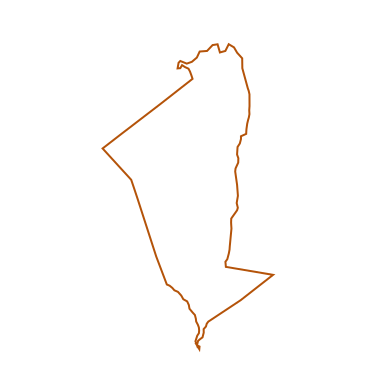 São José dos Cordeiros, Paraíba, Brazil (Albers equal-area conic projection), rotated 102°
{"feature_id": "56859067B13201418207131", "entity_name": "São José dos Cordeiros", "entity_type": "district", "adm_level": 2, "iso_a3": "BRA", "parent_name": "Brazil", "parent_adm1": "Paraíba", "projection": "albers", "projection_center": [-36.853, -7.428], "detail": "fine", "context": "isolated", "style": "outline", "palette": "amber", "viewbox_px": 384, "rotation_deg": 102, "n_neighbors": 0, "source": "geoboundaries", "source_scale": "gbopen_adm2", "svg_char_len": 1384}
<svg xmlns="http://www.w3.org/2000/svg" viewBox="0 0 384 384"><g transform="rotate(102 192 192)"><path d="M50.8,170.7L46.4,176.8L41.8,181.0L39.8,186.8L43.3,187.7L47.1,188.7L49.7,193.7L42.2,197.7L44.0,202.4L50.9,206.6L53.0,213.7L59.5,215.2L64.7,219.2L67.5,223.8L66.3,230.7L68.4,232.0L74.1,231.8L73.3,229.2L70.0,228.1L71.3,224.7L72.1,221.1L74.6,219.0L78.1,216.8L81.2,215.0L112.6,241.3L135.2,260.6L149.0,272.4L168.0,288.5L192.7,254.0L201.3,248.9L210.0,243.8L262.5,213.6L287.7,197.4L288.3,194.4L289.9,191.3L291.8,188.8L292.6,185.0L295.5,181.0L298.7,178.2L300.0,174.0L303.2,171.6L306.7,170.2L309.7,166.4L311.7,163.6L315.1,161.9L317.8,161.0L320.7,158.6L323.1,157.1L326.0,156.2L328.7,155.9L331.5,157.0L337.3,157.6L340.9,155.3L336.3,155.1L334.0,153.3L332.0,151.5L327.1,151.3L323.7,152.1L320.7,150.4L317.8,150.2L315.4,149.1L287.7,121.9L256.2,95.5L258.2,143.3L253.3,144.8L250.4,143.5L244.5,143.2L240.5,143.3L237.7,143.7L219.6,145.8L216.4,146.7L213.8,147.4L209.8,148.1L200.5,144.1L197.9,143.9L193.5,146.0L186.2,146.3L175.6,149.4L163.0,154.0L159.9,154.3L153.7,152.9L149.3,153.7L146.0,155.7L138.5,156.8L134.6,155.3L130.0,155.1L127.3,155.7L123.9,151.1L119.3,151.8L113.7,152.2L109.8,152.1L107.3,151.9L103.9,152.0L100.2,153.0L96.0,153.6L84.5,156.1L81.2,157.6L79.1,158.9L60.5,168.5L50.8,170.7ZM340.9,155.3L344.2,152.2L341.6,152.5L340.9,155.3Z" fill="none" stroke="#b45309" stroke-width="2"/></g></svg>